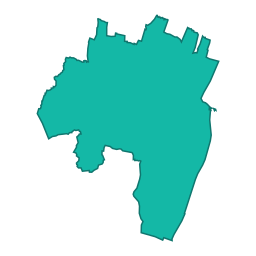 the district of Swords Lea-7, Fingal, Ireland
{"feature_id": "5873133B96625316158825", "entity_name": "Swords Lea-7", "entity_type": "district", "adm_level": 2, "iso_a3": "IRL", "parent_name": "Ireland", "parent_adm1": "Fingal", "projection": "orthographic", "projection_center": [-6.277, 53.456], "detail": "fine", "context": "isolated", "style": "filled", "palette": "teal", "viewbox_px": 256, "rotation_deg": 0, "n_neighbors": 0, "source": "geoboundaries", "source_scale": "gbopen_adm2", "svg_char_len": 3122}
<svg xmlns="http://www.w3.org/2000/svg" viewBox="0 0 256 256"><path d="M210.5,110.0L209.2,109.7L209.5,106.7L207.4,104.3L205.5,102.8L202.7,101.8L201.0,98.4L203.8,92.4L210.3,81.0L218.7,61.3L209.4,58.8L206.2,57.2L208.0,50.2L207.2,49.7L209.6,43.0L210.1,40.1L205.1,38.3L205.2,37.4L203.6,37.3L202.6,36.1L200.1,44.0L197.6,49.1L198.1,49.6L196.9,52.9L195.7,52.6L192.9,53.2L195.2,47.5L198.2,34.8L197.3,32.9L194.0,32.1L193.7,30.7L192.6,30.2L192.1,30.6L191.3,28.9L189.2,28.8L188.8,28.0L188.3,28.3L187.6,27.6L181.4,42.0L180.1,39.4L177.0,37.0L174.8,37.0L170.0,34.3L166.8,33.7L163.8,32.0L168.0,20.0L167.0,19.4L164.2,19.6L164.7,18.7L163.2,18.4L162.7,17.7L162.3,18.1L161.2,17.6L160.5,18.0L160.2,17.2L159.3,17.3L159.0,16.7L158.3,17.3L157.7,17.0L157.3,15.4L156.7,15.4L154.5,19.2L150.7,23.4L147.7,25.3L146.1,24.7L145.7,26.4L146.3,28.7L145.8,29.8L145.0,29.2L141.5,41.2L138.5,40.4L136.5,44.4L134.2,43.4L134.0,44.4L130.2,42.7L127.1,42.5L127.2,41.4L124.6,41.3L124.8,35.7L116.7,33.9L116.7,33.3L115.6,33.1L115.1,36.3L111.1,36.5L106.7,35.7L106.7,27.2L107.4,22.6L105.8,22.5L104.3,21.5L101.1,20.6L100.5,19.6L98.2,18.9L97.8,18.3L98.2,22.5L97.8,26.8L97.0,27.8L96.6,34.7L94.3,39.8L89.9,38.1L88.5,42.2L88.8,42.9L87.9,48.3L87.4,55.9L88.1,61.2L88.7,62.4L87.7,61.4L86.6,62.1L86.2,60.8L84.9,60.5L83.8,60.8L83.9,62.0L82.5,62.2L78.6,60.3L76.9,60.4L76.5,59.5L73.7,57.9L71.3,57.8L70.0,57.1L68.6,58.1L66.2,57.5L65.4,59.3L65.6,61.7L64.3,62.9L63.8,63.8L64.2,64.9L63.4,65.5L63.9,69.7L62.8,70.5L62.4,72.1L60.4,73.4L60.0,74.3L58.9,74.6L57.5,76.5L55.8,76.3L54.3,77.3L54.5,79.2L56.1,81.0L56.0,85.4L54.7,86.8L53.4,86.5L53.5,87.8L51.3,88.2L51.6,89.0L50.1,90.0L48.4,90.5L47.0,90.2L45.8,93.3L45.1,93.3L45.3,94.8L44.2,95.4L42.4,101.1L41.9,101.1L41.8,104.2L40.8,105.4L41.2,106.1L40.5,108.6L38.8,108.7L37.3,113.6L42.4,123.2L48.7,138.8L52.4,136.5L56.0,135.9L58.1,134.7L66.5,133.7L68.2,134.2L69.5,132.7L71.8,132.6L71.9,131.9L74.5,129.9L75.8,130.5L78.7,129.9L79.5,131.4L80.4,131.5L81.0,134.0L79.3,134.1L78.7,135.3L76.8,137.0L78.2,142.6L76.4,145.6L76.5,147.2L73.6,152.2L75.9,152.9L76.8,154.7L76.5,155.9L79.1,157.9L78.8,160.7L76.5,163.1L76.7,164.4L77.6,165.1L77.1,166.4L78.5,167.9L81.0,167.9L82.4,171.2L89.2,170.5L89.4,172.1L91.8,172.2L94.1,170.2L97.6,168.4L98.5,165.1L102.1,164.0L103.1,162.6L103.3,160.3L104.4,159.8L102.5,155.1L101.9,154.8L102.1,150.9L103.6,151.1L104.1,147.5L105.2,145.4L110.2,146.5L112.5,148.4L116.7,149.4L119.5,148.8L121.1,149.1L122.7,150.8L131.7,152.5L132.3,152.9L133.4,155.3L133.3,159.6L134.7,159.3L134.8,160.5L137.3,160.4L138.6,160.9L139.8,160.6L140.8,161.1L139.7,164.2L140.5,174.9L139.7,179.1L136.9,188.2L134.0,191.7L133.2,194.2L133.9,196.3L138.6,201.7L139.5,206.1L139.3,213.3L141.0,218.8L143.0,221.5L141.4,225.0L141.2,232.3L141.2,232.7L155.2,236.7L162.7,240.1L163.8,237.7L172.1,240.6L172.0,238.9L174.0,234.4L181.8,220.9L184.9,213.8L184.4,213.5L195.4,179.4L197.7,173.7L202.6,165.1L205.0,159.7L210.3,140.9L211.2,135.1L209.7,119.9L210.5,110.0ZM209.9,107.0L209.6,106.7L209.5,109.3L210.7,109.9L210.3,108.8L211.7,108.3L209.9,107.0ZM215.6,109.3L213.7,108.6L214.5,110.7L215.4,109.8L215.8,110.1L215.6,109.3Z" fill="#14b8a6" stroke="#0f766e" stroke-width="1.5"/></svg>